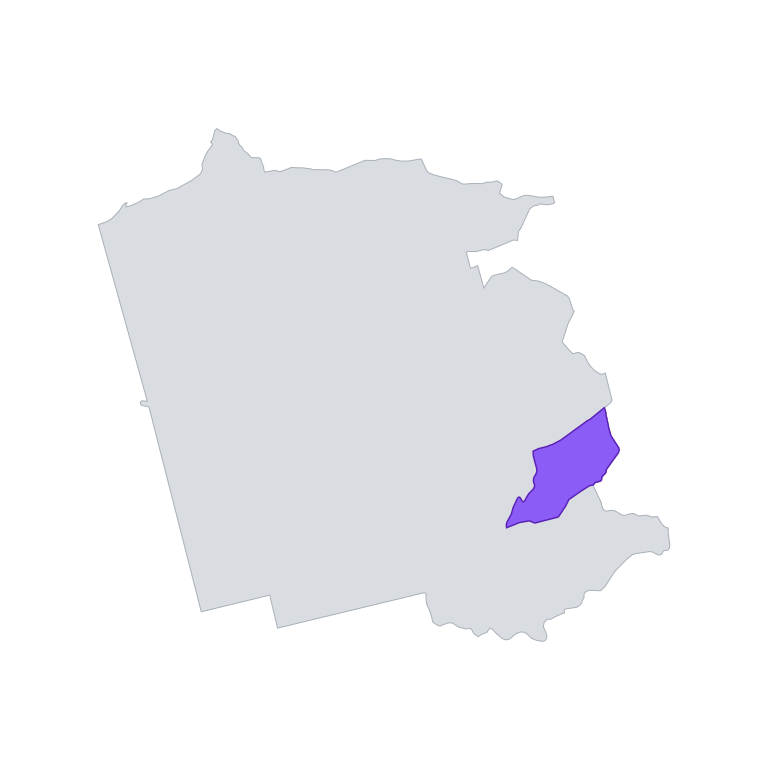 Eastern Darfur on a map of Sudan (Albers equal-area conic projection), rotated 256°
{"feature_id": "SDN-5857", "entity_name": "Eastern Darfur", "entity_type": "State", "adm_level": 1, "iso_a3": "SDN", "parent_name": "Sudan", "parent_adm1": "", "projection": "albers", "projection_center": [26.343, 11.27], "detail": "fine", "context": "in_parent", "style": "filled", "palette": "violet", "viewbox_px": 768, "rotation_deg": 256, "n_neighbors": 0, "source": "natural_earth", "source_scale": "10m", "svg_char_len": 4979}
<svg xmlns="http://www.w3.org/2000/svg" viewBox="0 0 768 768"><g transform="rotate(256 384 384)"><path d="M525.4,593.3L518.8,593.4L518.1,591.9L518.1,587.6L518.8,584.3L521.0,579.1L520.3,576.3L520.6,572.3L518.7,567.8L502.7,555.0L499.5,551.4L491.0,548.3L492.4,544.5L488.3,517.6L490.0,514.5L490.3,509.7L490.2,505.6L492.0,498.7L492.2,495.7L475.5,495.9L475.4,498.9L476.2,502.2L476.2,503.5L453.0,504.1L462.5,514.5L463.0,519.1L462.7,524.9L462.9,528.6L463.4,531.0L466.0,535.7L465.9,536.6L465.3,537.7L449.1,552.1L446.5,558.7L444.3,562.2L439.6,568.1L424.8,583.4L422.3,584.4L410.8,585.2L409.7,585.5L408.8,586.2L408.3,586.1L398.3,577.4L381.6,567.0L370.7,572.6L367.7,574.7L367.7,579.8L366.1,582.5L363.2,585.3L355.1,587.2L350.9,588.8L345.9,591.7L341.0,596.6L340.7,599.1L341.2,601.3L313.2,601.4L311.3,599.7L307.2,591.7L304.4,592.2L278.8,591.4L275.2,592.2L267.9,595.5L264.2,596.1L260.4,594.6L247.0,578.9L244.1,577.0L241.0,573.3L238.2,571.6L237.2,570.4L236.9,568.7L237.0,565.3L236.1,563.1L233.9,562.6L215.9,566.2L213.4,565.8L209.6,566.4L208.3,567.1L206.7,569.1L206.5,573.4L206.0,575.6L204.6,577.9L199.4,583.2L198.3,585.6L198.5,591.4L198.1,594.4L197.3,595.8L195.1,598.0L194.3,599.3L193.3,606.8L190.5,611.3L189.8,612.9L189.6,616.2L189.2,617.2L181.0,619.7L177.9,621.4L176.0,623.9L175.5,625.0L172.0,624.0L167.6,623.3L159.0,622.5L155.7,621.2L154.1,619.4L154.6,614.9L153.8,613.9L152.4,613.1L151.5,611.1L151.7,608.8L156.3,603.5L157.2,600.7L158.5,587.6L158.2,583.5L154.7,576.1L146.7,563.3L144.7,560.8L134.6,550.1L133.5,548.6L131.0,544.1L133.9,534.4L134.1,531.7L133.4,529.0L130.9,526.8L128.6,526.6L125.6,523.9L123.6,522.7L121.9,520.4L120.7,517.2L121.8,505.8L121.2,504.2L118.6,503.8L118.0,503.0L118.1,500.8L116.8,494.2L115.3,488.8L116.2,485.9L114.1,481.8L110.0,479.9L101.9,481.2L99.3,480.9L97.6,480.1L96.4,478.6L95.8,476.8L96.4,474.2L98.8,469.4L101.7,465.4L107.6,461.9L109.2,460.0L110.1,457.8L110.3,455.4L109.9,452.7L109.3,450.4L107.6,447.2L106.1,443.5L106.1,441.0L106.9,439.2L108.5,437.1L114.3,432.9L120.3,429.5L121.3,428.3L120.9,426.8L118.2,423.9L117.5,418.3L116.0,414.4L119.0,411.4L121.3,410.4L124.7,409.6L126.1,408.4L126.5,406.0L126.5,403.8L127.7,402.1L129.4,398.6L130.8,396.9L135.3,392.8L136.4,390.1L136.7,387.5L135.5,379.6L138.2,376.3L141.5,373.6L146.3,373.9L153.7,373.4L158.7,372.3L162.3,372.3L170.5,373.9L171.3,373.2L171.8,371.2L172.9,221.7L206.4,222.0L206.8,221.7L207.2,151.6L417.0,150.4L418.8,150.1L422.0,143.5L423.4,143.0L425.5,143.4L426.3,144.9L424.6,150.2L607.8,145.3L608.4,153.3L610.2,159.6L615.7,168.6L620.3,173.4L622.0,176.0L622.2,177.3L622.0,178.4L620.6,177.1L618.3,176.3L618.2,180.6L619.6,189.4L621.6,195.4L620.5,201.2L621.0,210.8L623.8,222.4L623.6,229.8L628.1,246.9L632.2,256.4L634.4,258.7L636.7,259.9L641.2,260.5L647.9,265.1L653.3,270.1L655.3,272.7L657.9,275.6L659.6,275.0L660.6,274.2L662.4,276.5L670.9,281.3L672.2,283.7L669.3,286.2L666.1,290.4L664.6,294.2L663.7,295.5L661.1,297.9L660.6,299.1L659.5,299.9L658.2,300.0L655.4,301.4L652.9,301.1L650.3,301.9L649.4,302.8L647.4,303.7L644.7,304.2L640.5,307.6L636.8,309.3L635.6,310.6L633.9,317.0L632.5,318.8L627.0,319.1L624.3,319.8L620.5,319.2L618.7,319.4L618.3,320.8L617.9,326.2L618.0,328.6L615.1,334.9L616.5,346.6L613.8,355.4L613.4,357.5L610.6,364.5L609.1,367.1L605.7,380.2L604.3,384.3L601.1,388.6L605.6,419.6L603.1,429.3L603.4,434.5L601.7,442.3L600.3,445.9L597.9,450.3L596.0,455.1L594.4,461.5L593.6,473.6L593.0,474.7L583.1,476.5L579.9,477.4L577.9,478.8L575.4,482.0L570.6,490.6L568.0,495.9L564.1,503.1L559.3,508.2L558.4,510.7L557.7,515.3L556.1,522.5L554.6,527.7L555.0,531.8L553.7,538.9L554.0,542.4L552.3,544.4L550.1,546.3L548.5,546.8L541.4,542.2L536.6,545.6L533.6,550.3L531.4,555.0L533.0,564.9L532.9,567.0L532.3,569.4L527.9,579.2L526.7,583.7L525.4,591.4L525.4,593.3Z" fill="#d9dde1" stroke="#a8b0b8" stroke-width="1"/><path d="M265.1,596.4L263.0,596.2L262.2,595.8L260.6,594.8L254.0,587.0L247.3,579.1L244.6,578.1L244.1,577.6L243.7,577.0L241.6,573.6L241.4,573.3L241.3,573.2L241.1,573.0L241.0,572.9L240.0,572.6L239.5,572.4L238.2,571.7L237.9,571.4L237.7,571.2L237.5,570.8L237.3,565.3L237.3,565.1L237.2,564.9L237.0,564.6L235.5,562.7L235.4,562.6L235.6,558.8L232.3,548.9L227.2,535.5L221.4,530.5L212.8,521.0L212.6,496.7L216.1,491.8L216.8,481.9L214.9,468.2L216.5,468.4L218.0,468.7L219.1,469.2L220.1,469.8L226.6,475.8L231.3,478.6L233.0,479.5L240.6,485.7L241.2,486.3L241.5,487.0L241.6,487.7L241.3,488.3L240.5,488.7L237.4,489.6L236.7,489.9L236.3,490.2L236.2,490.5L236.0,491.1L236.4,491.8L237.4,493.1L239.6,494.9L242.5,497.9L245.9,503.4L247.7,505.0L249.0,505.6L250.3,505.7L251.4,505.5L252.5,505.4L254.0,505.6L256.0,506.3L257.2,507.0L257.9,507.6L259.4,509.2L261.2,510.6L262.8,511.3L264.1,511.7L277.8,511.5L282.7,512.4L283.9,518.2L283.9,526.8L284.5,530.9L284.5,532.4L284.5,532.5L286.8,541.9L299.2,572.5L299.9,575.4L305.2,586.7L307.7,592.0L307.3,592.1L306.8,592.2L303.3,592.4L298.8,591.8L298.6,591.8L297.8,592.0L297.6,592.0L294.8,591.7L289.8,591.7L288.1,591.4L279.0,591.7L265.4,596.3L265.1,596.4Z" fill="#8b5cf6" stroke="#5b21b6" stroke-width="1.5"/></g></svg>